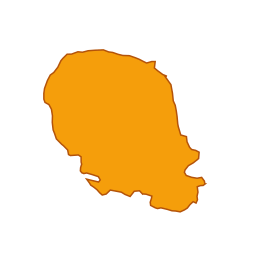 Tersefanou, Larnaca, Cyprus, rotated 112°
{"feature_id": "46923920B60167976354969", "entity_name": "Tersefanou", "entity_type": "district", "adm_level": 2, "iso_a3": "CYP", "parent_name": "Cyprus", "parent_adm1": "Larnaca", "projection": "albers", "projection_center": [33.549, 34.861], "detail": "fine", "context": "isolated", "style": "filled", "palette": "amber", "viewbox_px": 256, "rotation_deg": 112, "n_neighbors": 0, "source": "geoboundaries", "source_scale": "gbopen_adm2", "svg_char_len": 1689}
<svg xmlns="http://www.w3.org/2000/svg" viewBox="0 0 256 256"><g transform="rotate(112 128 128)"><path d="M65.4,111.3L65.4,115.8L63.8,122.0L62.5,126.0L56.2,127.7L57.5,130.9L60.8,135.1L60.5,139.2L60.1,143.4L60.1,147.5L60.4,153.6L60.6,154.3L62.7,160.0L63.3,164.1L63.4,164.8L63.7,170.5L64.7,174.4L64.8,180.1L68.4,188.0L71.3,193.9L74.8,198.6L76.1,203.0L80.7,208.1L82.4,212.1L87.9,214.5L90.7,215.4L97.0,215.8L97.8,215.8L104.3,217.6L108.0,219.9L113.1,220.4L114.3,220.5L122.6,220.2L127.4,219.0L132.8,216.8L135.4,214.5L135.9,210.1L139.3,206.0L145.0,202.6L151.2,200.3L157.8,196.7L160.4,194.2L164.6,190.6L164.9,190.4L167.9,183.5L168.6,181.2L171.0,175.7L174.9,173.2L175.1,171.1L173.1,167.0L171.6,163.9L172.3,160.7L177.1,158.7L178.9,157.4L182.5,157.1L185.6,156.1L186.8,154.1L186.8,151.9L185.2,149.5L184.6,143.6L184.2,137.3L186.5,134.3L189.1,135.0L190.3,142.8L190.9,147.2L193.5,143.0L194.9,141.2L195.6,137.8L196.8,133.7L198.7,129.9L199.8,126.8L197.4,123.5L192.2,121.2L191.3,116.7L190.0,110.1L190.7,105.9L190.7,100.4L184.3,98.5L181.9,93.8L183.8,89.7L183.6,89.6L182.6,86.4L182.2,80.4L184.3,79.9L188.5,79.6L191.3,78.0L191.8,72.8L191.6,70.4L189.7,67.6L188.7,61.0L188.3,56.3L187.1,52.6L186.2,48.2L182.8,45.0L180.0,43.0L175.7,41.8L171.9,40.0L172.1,36.8L168.5,36.7L165.5,38.4L161.3,39.1L156.5,41.8L154.3,39.3L153.1,36.8L150.9,35.5L151.0,35.8L148.6,37.3L146.2,41.2L148.7,45.1L149.9,50.6L150.2,56.2L148.0,59.1L145.5,59.4L140.3,57.9L135.8,54.4L129.9,51.1L123.8,53.0L123.4,56.9L124.1,61.0L122.8,63.7L118.7,68.1L114.1,70.6L114.7,76.5L107.9,81.9L105.6,83.4L99.0,86.8L94.3,89.5L89.3,92.7L85.9,96.2L78.9,99.9L76.9,101.2L71.8,104.4L65.9,113.6L65.4,111.3Z" fill="#f59e0b" stroke="#b45309" stroke-width="1.5"/></g></svg>